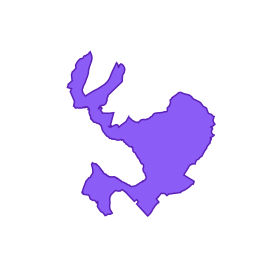 outline of Kota Palu, Sulawesi Tengah, Indonesia, rotated 323°
{"feature_id": "22746128B23229204425516", "entity_name": "Kota Palu", "entity_type": "district", "adm_level": 2, "iso_a3": "IDN", "parent_name": "Indonesia", "parent_adm1": "Sulawesi Tengah", "projection": "orthographic", "projection_center": [119.87, -0.79], "detail": "fine", "context": "isolated", "style": "filled", "palette": "violet", "viewbox_px": 256, "rotation_deg": 323, "n_neighbors": 0, "source": "geoboundaries", "source_scale": "gbopen_adm2", "svg_char_len": 5867}
<svg xmlns="http://www.w3.org/2000/svg" viewBox="0 0 256 256"><g transform="rotate(323 128 128)"><path d="M64.1,186.6L64.4,185.4L64.6,182.6L65.2,181.0L66.7,178.8L68.3,177.3L70.5,173.9L72.0,172.3L74.4,171.1L77.4,170.6L80.5,170.4L81.6,171.9L83.4,173.4L84.1,173.7L85.7,173.6L86.3,173.8L87.5,178.0L88.6,178.0L87.5,178.0L88.9,190.4L91.8,190.5L91.9,193.2L89.2,193.9L90.8,210.6L90.9,210.2L93.6,209.8L95.9,209.2L99.9,207.4L100.4,207.4L101.9,206.7L105.2,206.0L107.8,205.9L107.8,205.4L108.1,205.3L107.9,201.6L109.8,201.5L110.1,201.5L110.1,201.2L110.9,201.2L115.3,200.1L115.9,200.9L117.5,202.0L117.9,202.4L118.4,205.4L120.8,205.3L131.1,211.1L131.2,210.8L134.1,211.1L134.9,211.5L138.1,211.8L141.8,211.9L144.6,211.5L146.4,211.7L146.5,212.0L148.3,210.8L148.1,210.4L148.6,210.1L144.3,199.2L145.9,198.4L151.5,196.3L154.4,195.0L155.8,195.0L158.1,195.7L159.3,196.4L160.0,197.1L160.5,196.6L163.1,194.9L165.8,195.3L168.2,194.7L169.9,195.0L175.0,192.6L178.8,191.4L179.5,190.7L180.4,190.2L184.5,189.3L185.3,188.6L185.7,187.7L187.1,187.4L187.9,187.0L188.1,186.6L187.6,185.8L187.7,185.4L190.7,185.7L192.0,185.7L192.5,185.6L192.6,185.4L191.9,184.7L191.8,184.1L191.8,182.4L192.3,181.2L192.6,180.8L195.2,179.4L195.4,178.8L195.0,177.9L194.8,177.1L195.4,177.1L196.7,177.5L199.6,177.4L199.8,176.8L199.7,176.0L199.9,174.5L200.2,173.8L200.7,172.9L201.6,172.1L203.7,170.7L203.0,169.4L202.9,167.8L202.8,167.4L201.2,165.1L201.1,164.6L201.4,163.2L202.3,160.2L202.6,159.7L202.4,158.6L201.1,156.1L201.2,151.7L200.6,149.8L198.1,145.0L197.5,143.3L197.6,141.6L197.3,140.1L196.6,138.3L193.3,134.3L191.7,131.5L190.7,130.7L189.7,130.3L188.6,130.3L187.6,130.5L185.9,130.5L182.7,130.3L181.0,130.4L180.8,130.9L178.5,131.0L177.4,133.0L175.6,134.5L173.9,135.3L171.8,135.5L171.1,135.9L170.4,137.3L169.4,138.1L168.6,138.1L167.9,137.8L167.1,137.0L165.0,136.4L159.3,132.9L157.9,132.3L156.8,132.3L155.8,132.5L155.0,132.9L153.9,133.1L152.8,132.8L151.5,133.0L150.0,132.9L148.6,132.3L146.9,131.9L145.6,130.5L143.2,129.4L139.8,129.8L139.0,130.5L139.8,129.8L137.4,127.7L136.0,124.4L135.7,122.4L135.1,119.9L135.3,119.5L130.3,121.7L123.5,121.6L121.1,121.8L121.4,121.2L121.5,119.7L121.3,119.0L120.5,118.2L119.3,117.8L114.4,116.9L113.7,115.3L116.0,116.0L116.1,114.8L125.8,107.2L121.8,104.9L116.5,100.7L116.9,100.1L116.7,97.3L119.1,96.6L119.1,94.9L116.1,95.0L115.7,95.5L116.4,94.4L118.5,93.8L120.4,94.0L122.4,95.2L124.8,95.2L127.9,93.3L128.9,91.8L131.1,90.6L131.9,89.8L150.8,87.5L151.8,87.0L153.2,84.9L154.3,84.0L155.4,82.5L157.8,81.6L158.4,81.3L160.4,79.6L161.2,78.4L161.8,75.7L161.8,74.9L161.3,73.1L160.9,72.5L160.3,72.5L159.2,72.6L158.5,73.2L157.0,73.8L156.4,74.3L157.5,73.1L158.1,70.6L158.1,69.0L149.4,73.5L142.5,77.6L138.7,78.7L135.1,79.1L127.1,78.5L122.0,77.6L113.1,76.8L113.1,73.4L113.7,71.2L114.7,69.6L118.6,67.1L121.0,66.0L123.7,64.1L126.3,62.6L129.4,60.3L130.5,58.9L133.6,56.2L139.2,52.5L141.3,50.5L141.9,49.5L142.6,48.2L143.7,44.4L142.2,44.5L141.2,45.1L139.2,44.8L138.1,44.9L137.5,44.8L136.7,44.2L135.9,44.2L134.2,45.0L133.1,45.0L132.0,44.2L130.8,44.0L127.6,44.6L124.0,46.2L122.9,48.1L122.1,49.0L118.7,49.7L117.3,49.7L115.6,51.0L114.8,51.3L115.0,51.3L112.0,56.3L112.0,56.6L107.2,57.1L106.7,57.0L105.3,58.3L104.0,59.2L106.6,62.6L103.8,64.2L101.3,74.5L97.8,77.7L98.1,78.0L97.9,78.2L98.1,79.1L97.9,80.0L98.3,80.7L99.8,81.3L100.3,82.0L101.0,82.7L103.3,84.3L103.9,84.5L104.8,84.5L105.5,84.9L105.3,85.5L106.4,86.0L106.6,85.5L107.2,85.7L107.8,86.7L108.2,86.8L108.1,87.1L108.6,88.6L108.5,89.1L108.4,89.4L107.7,89.0L107.5,89.3L108.2,89.6L108.0,89.9L107.8,89.8L107.9,90.0L107.3,91.0L106.0,92.6L106.0,92.9L105.2,94.9L105.3,95.4L104.3,98.0L103.9,98.1L104.0,98.5L103.8,98.6L104.1,99.4L103.9,99.7L104.3,100.5L104.3,101.2L104.0,101.7L104.2,102.7L105.5,104.0L105.9,105.1L107.3,107.1L107.9,109.6L107.4,111.4L106.2,114.4L106.2,115.1L106.0,116.1L106.2,118.1L106.0,119.6L106.2,120.3L106.2,121.6L107.0,123.1L107.1,125.0L107.3,125.5L108.1,125.9L108.4,126.6L108.4,127.2L109.0,127.8L110.0,128.2L110.7,129.0L111.8,130.8L113.2,132.1L115.4,132.9L116.0,133.7L116.1,133.9L115.9,134.0L116.1,134.1L116.3,134.0L116.7,134.3L117.0,134.9L116.4,136.5L117.0,138.2L117.0,138.6L116.7,139.3L117.3,140.3L117.8,143.3L118.1,143.9L119.8,145.3L119.8,145.6L119.4,145.6L119.4,145.8L119.9,145.9L119.8,146.6L118.1,149.5L118.3,150.4L118.2,150.8L118.4,151.3L118.8,152.0L118.4,154.7L118.2,155.2L118.3,156.0L118.0,157.0L118.2,159.9L118.0,160.8L117.6,161.4L117.7,162.2L117.2,164.5L118.0,165.6L118.1,166.4L117.5,168.0L116.1,169.1L115.6,169.4L115.5,169.7L114.5,171.0L114.2,172.1L114.1,175.2L113.3,176.5L113.3,177.5L112.9,178.4L112.8,178.7L111.6,179.3L109.8,179.8L108.6,179.6L108.0,179.1L106.7,179.4L106.8,179.6L106.4,179.5L106.0,179.2L99.1,178.7L97.1,177.7L96.9,177.5L96.2,177.3L95.1,176.5L94.9,175.2L94.5,174.4L94.6,174.2L93.9,173.7L93.1,171.8L93.2,171.7L92.9,171.4L93.0,171.1L92.8,171.0L92.2,169.5L91.8,169.0L91.6,168.4L90.9,167.4L90.5,166.4L90.1,165.1L90.3,165.1L89.9,164.6L89.8,163.1L89.5,162.4L88.9,161.8L89.1,161.8L89.1,161.3L88.5,160.0L87.7,159.2L87.7,158.6L86.9,158.1L85.3,157.3L84.9,156.5L83.8,155.8L82.9,154.4L83.3,153.9L82.4,152.7L82.6,151.9L81.9,151.3L82.0,150.6L81.5,149.9L81.3,149.2L81.4,148.7L81.2,148.7L81.2,148.2L81.7,147.4L81.6,146.6L81.2,145.8L81.5,145.4L81.6,144.1L81.4,142.8L81.6,142.5L81.5,140.9L81.2,139.4L80.9,138.8L81.2,138.3L81.1,137.8L80.7,137.6L80.7,137.2L80.0,136.7L79.5,136.1L79.4,136.1L79.3,135.5L78.7,134.8L78.6,134.4L77.1,135.1L76.9,135.3L75.0,139.8L74.0,141.1L73.5,142.1L72.3,143.0L69.6,144.0L68.3,144.7L66.6,144.3L62.3,145.3L55.3,149.8L53.5,151.4L52.9,152.7L52.5,152.0L52.3,152.6L52.3,153.3L52.7,154.3L56.1,157.8L56.2,158.3L56.0,159.6L55.2,161.5L55.2,161.9L55.7,163.4L56.4,164.7L57.7,165.7L58.0,166.5L58.1,167.4L57.8,168.7L59.2,168.4L59.5,168.5L58.0,170.8L56.8,171.7L56.3,172.4L56.1,174.8L56.0,178.3L57.1,180.8L57.0,184.2L58.1,184.6L60.1,184.8L61.0,185.3L61.7,186.1L64.1,186.6Z" fill="#8b5cf6" stroke="#5b21b6" stroke-width="1.5"/></g></svg>